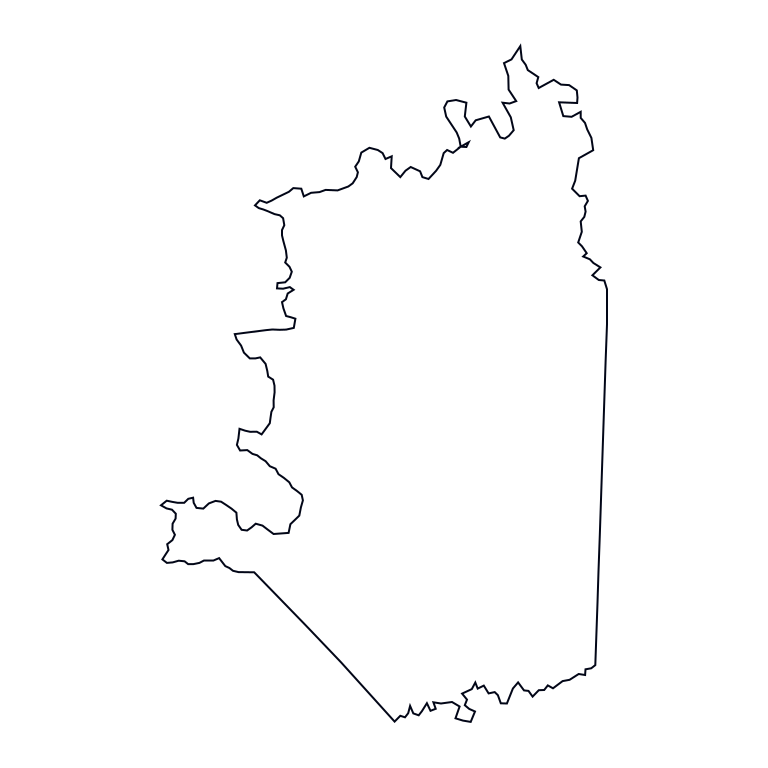 Espumoso, Rio Grande do Sul, Brazil (Robinson projection)
{"feature_id": "56859067B24285500809060", "entity_name": "Espumoso", "entity_type": "district", "adm_level": 2, "iso_a3": "BRA", "parent_name": "Brazil", "parent_adm1": "Rio Grande do Sul", "projection": "robinson", "projection_center": [-52.869, -28.845], "detail": "fine", "context": "isolated", "style": "outline", "palette": "ink", "viewbox_px": 768, "rotation_deg": 0, "n_neighbors": 0, "source": "geoboundaries", "source_scale": "gbopen_adm2", "svg_char_len": 3676}
<svg xmlns="http://www.w3.org/2000/svg" viewBox="0 0 768 768"><path d="M239.5,428.8L238.4,438.5L236.9,444.9L240.1,450.5L247.3,450.1L252.5,453.9L257.2,455.3L260.9,458.3L265.6,461.2L269.8,466.2L275.6,468.7L278.5,474.2L283.9,477.9L289.3,482.3L292.0,487.4L297.0,491.0L301.7,494.8L302.9,500.4L300.9,507.4L299.3,515.6L295.0,519.8L290.4,524.2L288.6,532.9L273.6,534.0L267.3,529.3L262.5,525.6L255.7,523.7L251.6,527.3L247.1,530.5L241.6,529.8L238.2,524.9L236.9,519.4L236.4,512.7L231.6,508.7L226.2,505.0L221.1,501.7L215.5,500.9L208.9,503.4L203.3,508.6L196.5,507.9L193.7,502.8L193.1,497.7L188.3,498.8L184.2,502.8L177.6,502.8L172.4,501.9L166.7,500.7L161.0,505.3L166.5,508.4L172.0,509.7L175.8,513.7L175.6,518.6L172.6,523.7L172.4,529.8L174.9,534.8L172.4,540.1L167.2,544.2L168.5,550.0L165.6,554.4L162.4,559.4L166.9,562.9L172.7,562.4L178.7,560.7L184.6,561.3L188.1,564.1L193.5,564.1L199.4,562.9L204.0,560.5L213.5,560.5L219.1,558.1L225.3,566.1L229.4,568.0L233.0,570.8L238.5,572.1L254.2,572.3L305.5,625.1L341.3,662.6L394.6,721.6L400.3,715.8L405.0,717.3L408.2,713.2L410.1,705.9L413.3,713.4L418.7,715.3L421.9,711.2L426.9,703.2L430.5,710.8L435.7,708.8L433.4,702.3L441.0,703.5L452.0,702.0L459.6,706.5L455.5,718.3L463.0,720.6L470.7,721.9L475.0,711.5L469.2,708.9L464.8,705.2L467.0,699.6L462.1,693.6L471.8,689.1L475.3,682.5L477.7,688.6L483.8,685.6L488.6,693.4L494.7,692.1L497.9,695.2L500.8,703.3L506.9,703.5L512.9,688.5L518.1,682.4L524.0,690.4L528.5,690.9L532.6,696.6L538.8,690.2L544.2,690.0L547.8,685.4L553.0,688.3L562.6,681.1L569.6,679.8L578.7,674.0L585.1,675.0L585.5,669.3L591.2,668.3L595.3,665.1L597.5,602.9L598.5,571.1L599.8,535.3L605.6,361.6L607.0,324.3L607.0,289.2L604.3,280.5L598.8,280.0L592.4,275.3L600.4,267.4L593.4,263.0L589.9,259.3L583.2,256.5L586.7,253.2L582.0,246.3L578.2,242.5L581.8,231.8L580.7,221.4L584.3,216.9L585.6,211.6L584.7,206.3L587.9,200.9L585.6,195.6L579.6,196.2L572.1,188.7L575.2,180.7L578.9,158.2L593.2,150.2L591.4,137.9L587.2,129.4L585.0,122.9L580.7,117.9L580.7,111.8L571.6,116.8L563.3,116.1L559.1,102.3L577.1,103.0L577.5,97.6L576.8,90.4L569.1,85.1L561.0,84.6L553.7,79.8L538.7,88.0L536.6,83.2L538.3,77.1L527.8,70.1L525.7,64.8L521.8,59.5L520.3,46.1L511.5,59.4L504.0,63.1L508.3,75.9L508.6,89.6L516.2,101.1L509.6,103.5L502.6,102.7L510.8,117.3L513.7,130.2L508.9,135.8L504.8,138.6L500.2,137.4L488.9,116.5L475.7,120.3L470.9,126.5L464.8,116.5L466.4,102.7L456.0,100.0L447.4,101.4L444.2,107.5L446.2,116.6L456.7,132.5L459.2,138.6L460.7,146.7L453.0,152.8L447.1,150.0L443.7,153.1L440.3,164.9L436.1,170.8L428.5,179.0L422.4,177.1L420.1,171.3L410.7,167.0L405.5,170.7L400.3,177.1L391.0,168.1L391.7,156.3L385.5,159.0L382.6,153.1L377.8,150.0L369.4,147.8L361.3,152.6L358.8,161.4L355.2,166.7L357.9,172.3L356.7,177.1L352.7,183.3L348.3,186.5L337.6,190.4L325.6,189.9L319.5,192.1L311.1,192.8L303.8,196.4L301.3,188.7L293.3,188.1L288.9,191.8L282.7,194.8L276.7,197.7L271.6,200.6L266.7,202.8L259.8,200.3L255.0,205.4L258.8,208.1L263.4,209.5L267.3,211.0L274.5,214.1L279.8,215.3L283.1,218.2L284.3,225.2L282.0,230.1L282.0,235.4L283.4,241.2L285.9,250.4L286.8,257.7L285.2,262.5L289.5,266.8L291.8,271.7L289.7,277.8L285.2,282.3L277.5,283.1L277.0,288.4L283.1,288.7L289.8,287.1L293.6,289.8L287.7,293.5L285.9,299.3L282.0,302.1L283.4,308.3L286.1,316.0L290.7,317.2L295.4,318.7L293.8,327.9L286.1,329.6L279.5,329.8L272.4,329.5L266.3,330.1L234.8,334.1L236.6,339.5L241.1,345.6L243.9,352.6L249.8,358.4L255.4,358.4L260.2,357.4L265.6,363.9L267.3,371.0L268.2,376.6L273.1,379.7L274.5,385.7L274.6,392.3L273.6,400.3L273.7,407.3L271.4,411.8L270.5,417.9L269.8,423.2L261.6,434.4L256.8,431.7L250.1,431.8L245.2,430.7L239.5,428.8ZM460.7,146.7L468.7,142.2L466.4,147.0L460.7,146.7Z" fill="none" stroke="#020617" stroke-width="2"/></svg>